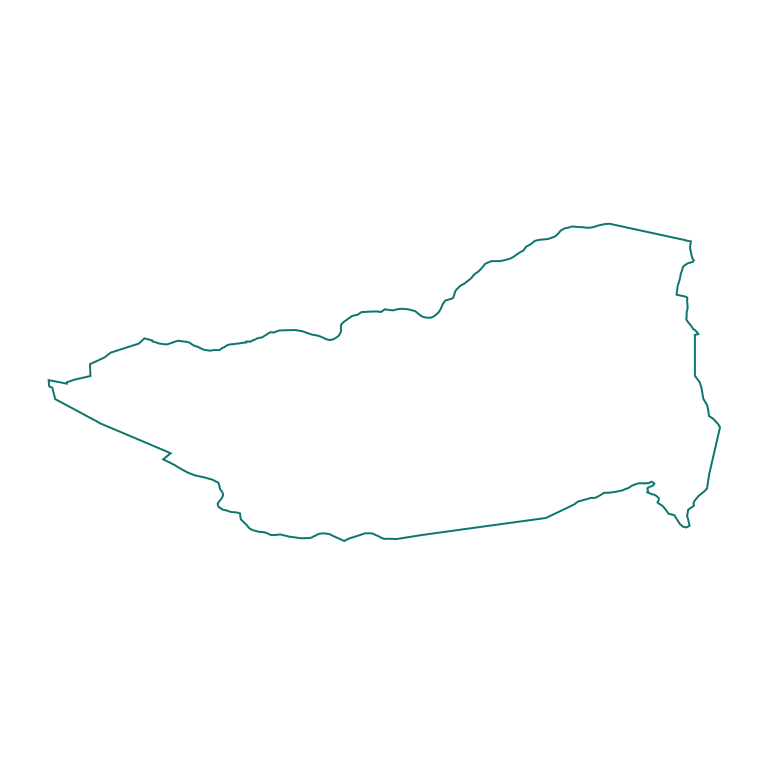 San Juan Mixtepec -Dto. 26 -, Oaxaca, Mexico, rotated 269°
{"feature_id": "50627088B88987154065702", "entity_name": "San Juan Mixtepec -Dto. 26 -", "entity_type": "district", "adm_level": 2, "iso_a3": "MEX", "parent_name": "Mexico", "parent_adm1": "Oaxaca", "projection": "equal_earth", "projection_center": [-96.314, 16.258], "detail": "fine", "context": "isolated", "style": "outline", "palette": "teal", "viewbox_px": 768, "rotation_deg": 269, "n_neighbors": 0, "source": "geoboundaries", "source_scale": "gbopen_adm2", "svg_char_len": 4571}
<svg xmlns="http://www.w3.org/2000/svg" viewBox="0 0 768 768"><g transform="rotate(269 384 384)"><path d="M540.3,612.2L540.1,608.3L539.6,605.4L539.0,602.5L538.5,600.3L537.5,597.1L536.9,594.5L536.6,590.8L537.1,586.6L537.4,583.8L537.5,581.7L538.2,574.7L537.3,571.8L536.5,567.6L534.9,564.2L532.7,561.9L530.4,559.9L528.3,557.2L527.0,553.1L526.1,550.5L525.8,546.3L525.4,541.6L524.5,537.4L521.1,533.0L518.8,528.5L515.0,525.7L513.0,521.8L508.7,515.4L507.0,511.9L505.6,506.2L504.8,501.9L505.0,493.5L502.5,487.4L499.7,485.1L496.7,482.3L494.6,480.1L492.9,477.3L491.2,475.4L488.7,473.4L486.6,471.0L484.8,468.4L483.0,466.4L481.6,463.1L479.3,460.3L476.5,457.5L475.1,456.8L473.2,456.1L471.8,455.8L470.1,455.0L468.8,454.5L468.1,453.0L466.3,446.7L463.7,444.6L457.8,441.9L454.1,439.4L451.0,435.3L449.5,432.2L449.6,427.4L450.7,423.5L452.5,420.9L456.3,416.5L458.3,409.2L458.9,403.6L458.7,399.8L457.5,394.4L457.9,390.4L458.4,388.0L458.7,386.2L456.0,382.1L456.7,378.1L456.6,371.7L456.3,362.8L453.7,358.8L452.6,353.4L449.5,348.8L446.3,344.2L444.1,342.2L440.0,341.8L438.0,342.1L435.1,341.0L433.2,339.7L431.7,337.8L429.6,334.1L428.9,330.9L429.6,327.5L431.7,323.2L432.9,320.5L433.5,318.7L433.9,316.7L434.7,312.6L438.3,302.9L439.5,296.1L439.4,280.7L438.1,276.5L437.4,274.3L437.8,271.3L432.5,262.5L432.6,261.5L431.8,257.9L430.9,256.3L429.7,253.1L429.0,251.9L428.9,251.6L428.5,250.8L429.0,248.9L428.7,246.8L428.0,247.0L426.5,234.3L426.2,230.1L425.2,227.3L423.3,224.4L422.6,222.4L420.7,220.1L420.9,218.1L420.9,216.1L420.8,213.0L420.3,211.2L420.6,209.0L421.4,204.4L423.2,200.8L424.5,198.2L425.7,194.7L427.3,192.2L428.8,190.2L429.7,186.8L430.4,181.4L430.9,179.4L430.1,176.0L428.9,172.7L427.4,167.9L427.6,165.1L428.5,159.5L429.4,157.3L430.7,153.1L431.6,153.1L433.8,145.3L428.7,139.6L420.1,111.2L415.4,105.0L409.0,90.4L397.1,90.6L393.8,74.8L391.3,67.0L389.9,66.9L393.7,48.8L387.5,49.2L386.1,52.3L374.6,55.0L350.9,97.5L349.8,99.0L332.0,139.2L318.5,169.4L312.5,161.9L311.5,164.0L306.8,172.9L302.1,180.4L298.7,186.6L296.0,193.2L293.8,202.5L291.7,209.5L291.7,209.8L290.8,211.8L288.3,216.5L288.0,216.8L285.8,217.4L284.5,217.8L283.1,217.8L281.0,218.7L279.4,220.0L278.0,220.7L276.5,221.1L275.0,221.0L273.9,220.4L272.6,219.8L270.6,218.2L269.2,216.9L267.1,215.6L264.9,216.1L264.0,216.5L263.6,216.8L263.0,218.3L261.7,219.6L261.0,221.3L260.2,224.6L258.9,228.1L258.5,230.7L258.2,233.8L257.8,235.8L257.6,236.4L257.0,237.9L256.4,237.9L254.3,238.0L251.2,238.5L249.0,240.6L245.7,244.0L242.2,246.7L240.3,249.8L239.2,253.7L238.4,256.4L237.9,261.6L237.2,263.6L236.4,265.4L235.7,266.7L235.4,267.5L234.9,268.6L234.9,270.9L235.0,272.8L235.0,273.8L235.2,275.6L235.3,276.5L235.4,277.4L234.6,280.9L234.1,282.3L233.7,284.4L233.1,286.2L232.6,289.2L232.2,292.5L231.5,296.0L231.2,298.6L231.2,301.3L231.3,306.0L231.5,307.9L231.8,309.2L232.9,311.0L233.6,312.9L234.7,314.9L235.4,316.8L235.6,319.3L235.7,321.3L235.6,322.2L235.1,325.7L234.6,327.7L233.8,328.7L227.7,341.6L228.1,341.9L229.0,344.1L230.0,346.0L231.3,350.3L232.7,355.1L235.0,362.4L234.9,369.3L231.2,377.3L230.5,378.0L229.1,381.6L229.2,384.2L228.8,394.2L232.3,418.9L239.5,478.6L247.2,543.5L256.4,563.7L258.2,567.6L260.5,572.5L262.2,574.5L263.2,576.3L263.8,579.0L264.8,582.3L265.5,585.6L266.5,588.5L266.4,592.5L267.1,594.6L269.3,598.8L271.2,601.8L271.4,604.1L271.4,607.3L272.1,613.5L272.6,616.1L273.5,620.7L274.8,623.6L275.4,625.8L276.4,627.7L277.9,629.8L279.4,634.0L280.1,636.0L280.3,638.6L280.1,641.9L280.3,645.1L280.2,646.8L281.7,649.7L280.1,652.2L279.5,652.6L277.3,650.4L276.7,648.0L275.1,645.5L271.9,646.2L271.2,645.4L270.7,646.1L269.8,648.7L269.1,649.7L268.8,651.8L267.5,654.2L265.0,656.9L262.4,656.4L260.7,655.4L259.7,656.6L257.2,660.5L253.3,663.6L249.3,666.3L247.8,672.0L243.7,674.4L238.9,677.4L236.1,680.4L235.3,683.7L236.9,687.1L239.1,686.7L240.4,686.3L244.2,685.5L246.8,684.7L249.9,685.4L252.9,685.9L254.4,688.0L255.7,690.0L256.9,691.7L259.5,691.3L262.1,692.7L264.4,694.7L266.6,696.6L271.0,702.3L273.7,705.1L287.9,707.5L334.8,719.2L338.2,717.3L343.5,712.5L346.3,708.4L350.8,707.9L356.9,706.8L363.7,703.0L374.4,701.4L380.2,699.7L386.7,695.0L427.7,695.7L428.4,699.1L429.6,698.5L430.9,697.4L432.2,696.0L433.9,693.8L435.9,692.8L439.0,690.3L441.4,688.5L443.4,687.3L444.7,687.6L447.3,687.8L450.5,687.9L454.4,688.9L458.1,688.8L462.1,688.5L465.0,688.8L466.0,687.4L467.3,681.8L468.2,678.1L476.7,679.3L483.7,681.6L489.0,682.7L492.4,684.0L495.4,684.8L497.4,686.6L499.3,689.7L500.1,692.6L500.7,694.7L502.0,696.0L504.0,694.7L506.9,693.8L511.5,693.0L514.6,692.3L517.6,692.7L521.2,693.3L522.4,687.6L522.6,687.6L540.3,612.2Z" fill="none" stroke="#0f766e" stroke-width="2"/></g></svg>